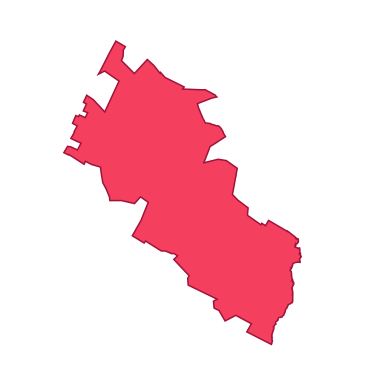 the district of Tenabo, Campeche, Mexico, rotated 205°
{"feature_id": "50627088B50873486185333", "entity_name": "Tenabo", "entity_type": "district", "adm_level": 2, "iso_a3": "MEX", "parent_name": "Mexico", "parent_adm1": "Campeche", "projection": "mercator", "projection_center": [-90.397, 19.964], "detail": "fine", "context": "isolated", "style": "filled", "palette": "rose", "viewbox_px": 384, "rotation_deg": 205, "n_neighbors": 0, "source": "geoboundaries", "source_scale": "gbopen_adm2", "svg_char_len": 5345}
<svg xmlns="http://www.w3.org/2000/svg" viewBox="0 0 384 384"><g transform="rotate(205 192 192)"><path d="M55.6,87.4L55.6,87.7L55.9,88.0L55.7,88.9L55.7,89.0L56.0,89.4L56.0,89.8L56.1,90.0L56.2,90.6L56.1,90.9L56.3,91.0L56.4,91.3L57.1,91.8L57.1,92.3L57.2,92.5L57.3,92.5L57.7,93.1L57.9,93.8L57.8,94.0L58.0,94.2L58.1,94.4L58.3,94.4L58.4,94.7L58.7,94.8L58.8,95.1L58.9,95.5L58.9,95.9L59.1,96.0L59.2,96.3L59.2,96.6L59.3,96.8L59.5,96.9L59.4,97.1L59.5,97.6L59.4,98.3L59.5,98.6L59.7,99.0L59.7,99.9L59.7,100.1L59.8,100.3L59.9,101.0L59.8,101.3L59.8,101.6L60.3,103.0L60.2,103.5L60.3,103.6L60.8,103.7L61.0,103.9L61.0,104.1L61.2,104.3L61.1,104.7L61.0,105.2L60.7,105.5L60.8,106.1L60.8,107.0L60.2,107.6L60.1,107.8L61.1,108.9L61.2,109.5L60.9,110.3L60.5,110.8L60.5,111.1L60.3,111.3L60.3,111.5L60.3,111.8L59.9,112.2L59.9,112.5L60.3,112.7L60.5,113.0L60.4,114.1L60.3,114.6L59.8,115.2L59.1,115.7L58.6,115.8L58.5,116.1L57.7,116.6L57.5,116.9L57.4,117.9L57.2,118.5L56.8,119.0L56.8,119.7L57.0,120.1L56.9,120.8L57.0,121.0L57.1,121.4L56.9,121.6L57.1,122.2L56.9,122.4L57.2,123.6L57.2,123.8L57.4,124.0L57.5,124.4L57.5,124.5L57.5,125.1L57.4,125.7L57.1,126.3L57.0,126.8L57.0,127.2L57.0,128.3L57.2,128.6L57.1,128.8L57.2,129.0L57.1,129.4L57.0,129.6L57.2,130.3L56.8,130.8L56.6,131.2L56.1,131.9L55.6,132.2L55.5,132.4L55.2,133.1L54.9,133.9L54.4,134.1L54.4,135.1L54.8,135.4L54.9,135.7L54.8,136.0L55.0,136.7L55.3,137.0L55.4,137.5L55.7,137.8L55.7,138.1L56.1,138.6L56.3,139.3L56.6,139.8L56.6,140.1L57.0,140.6L57.0,141.0L57.3,141.2L57.5,141.1L57.7,141.5L57.8,141.9L57.7,142.1L57.5,142.3L57.8,142.8L58.2,143.4L58.5,143.7L58.6,144.2L58.7,144.3L58.9,144.5L59.0,144.9L59.3,145.1L59.8,145.9L59.9,146.2L60.2,146.4L60.3,146.7L60.6,146.8L60.8,147.7L60.9,148.1L60.9,148.5L61.1,148.6L60.9,149.6L61.0,150.1L60.9,150.3L61.0,150.5L61.0,151.0L60.8,151.2L60.9,151.3L61.2,151.4L61.3,151.9L61.2,152.4L61.3,152.7L61.5,152.9L61.9,153.2L62.3,153.0L62.6,153.0L62.4,153.4L62.7,153.6L62.8,153.9L63.1,153.9L63.4,154.1L63.5,154.3L63.7,154.2L63.6,154.4L63.5,154.5L63.6,154.8L63.8,155.1L63.9,155.3L64.4,155.6L64.7,155.5L64.8,155.7L64.8,155.8L65.2,156.3L65.3,156.4L65.4,156.5L65.6,157.1L65.7,157.3L65.8,157.5L66.5,158.0L66.7,158.3L66.6,159.0L66.8,159.2L67.1,159.3L67.2,159.7L67.2,159.9L67.5,160.4L67.6,160.6L68.4,161.8L68.6,162.0L69.2,162.0L69.5,162.2L69.8,162.2L70.1,162.7L69.9,162.8L69.8,163.1L69.8,163.5L69.7,163.8L69.8,164.2L69.6,164.6L69.7,165.0L70.1,165.2L69.7,165.3L69.7,165.6L69.7,166.0L69.6,166.4L69.6,166.5L69.8,166.6L69.9,166.9L70.0,167.0L70.1,167.5L69.9,167.9L69.9,168.5L70.1,168.7L70.1,168.9L70.3,169.0L70.4,169.3L70.2,169.6L70.1,169.9L69.9,170.5L69.3,170.9L68.7,171.6L67.6,172.4L67.3,172.6L65.5,173.6L65.1,173.7L64.7,173.8L64.6,173.7L64.4,173.7L64.3,173.9L64.4,174.2L64.6,174.4L64.7,174.7L64.9,175.0L65.3,175.6L65.5,175.8L65.8,175.7L66.0,176.3L66.1,176.6L66.0,177.1L65.9,177.3L66.0,177.6L66.0,178.4L65.7,179.0L65.9,179.5L65.9,179.9L66.1,180.0L66.4,179.8L66.6,180.0L67.0,180.8L67.3,181.1L67.8,181.3L68.1,181.1L68.1,181.4L68.2,181.5L68.5,181.6L68.4,181.7L68.1,181.6L67.8,181.6L67.7,181.8L67.7,182.2L67.9,182.3L68.3,182.7L68.7,182.9L69.0,183.1L69.2,184.0L69.5,184.4L69.6,185.0L70.0,185.3L70.1,185.6L70.1,185.8L70.5,186.2L70.8,186.4L70.9,186.8L71.0,186.8L71.4,186.5L71.6,186.1L71.3,186.1L71.2,185.9L71.4,185.8L71.9,185.9L72.3,185.8L72.7,185.9L74.4,185.8L74.7,185.9L75.0,185.7L75.2,185.8L75.3,185.8L75.8,186.0L75.8,186.6L75.9,186.9L75.7,186.9L75.7,187.0L75.4,187.2L75.3,187.6L75.7,187.9L75.9,188.0L76.0,188.1L75.7,188.3L75.7,188.5L75.7,188.8L75.9,189.1L75.4,189.0L75.2,189.2L75.1,189.3L74.9,189.6L74.9,190.0L74.4,191.3L74.5,191.6L74.7,192.0L75.0,192.4L75.0,193.0L75.9,194.3L76.3,194.5L76.7,194.3L77.2,193.6L77.5,193.4L78.2,193.6L78.4,193.7L78.4,193.9L78.3,194.1L78.5,194.6L87.6,196.7L88.8,196.9L88.7,196.6L110.6,198.6L111.1,192.6L115.6,193.1L115.7,191.4L131.8,194.3L132.7,196.4L134.4,201.3L147.0,204.0L154.3,206.8L156.1,214.0L158.7,223.6L158.6,223.8L160.0,228.7L161.0,232.6L170.4,234.3L174.2,235.0L182.2,232.7L193.6,223.5L194.5,237.0L194.9,240.5L193.7,242.6L192.1,244.9L189.1,249.8L185.0,256.3L186.8,257.6L187.5,257.9L189.0,259.2L189.4,259.8L192.5,261.9L195.4,263.1L197.0,262.8L197.8,262.2L200.0,262.2L202.3,261.7L203.2,261.8L203.5,261.6L204.6,261.7L206.7,261.1L209.0,260.2L213.6,263.7L221.3,270.7L224.4,274.4L213.7,285.5L209.7,288.6L210.6,288.8L211.6,289.6L223.4,290.3L226.0,288.9L243.9,281.4L243.5,283.9L264.7,284.4L271.1,287.1L271.1,286.1L280.2,290.6L288.5,293.2L294.3,275.0L311.5,281.3L311.7,285.6L313.5,290.0L314.2,291.4L313.8,295.5L324.8,296.6L325.6,283.0L326.3,262.9L326.6,259.2L322.3,264.7L305.0,261.7L304.9,227.7L320.5,234.0L328.3,235.2L328.3,227.3L324.9,227.3L324.8,219.5L320.1,219.8L320.2,214.3L326.6,214.3L326.7,212.3L329.6,212.2L329.3,203.7L324.0,203.4L324.3,196.7L323.8,196.5L324.4,189.3L317.4,189.3L313.2,189.4L313.6,181.7L320.9,181.7L324.0,180.8L324.8,173.5L319.5,173.4L319.4,173.9L315.2,173.4L301.5,171.5L301.5,174.8L294.5,174.5L285.5,175.9L282.3,170.8L276.8,162.8L270.9,158.3L264.8,152.7L262.8,149.5L252.4,154.4L239.2,157.2L236.6,165.8L227.3,164.2L226.2,144.7L227.6,127.1L213.8,125.5L213.3,128.0L209.4,127.4L195.0,125.6L191.0,127.3L184.4,127.5L182.6,128.6L178.1,128.1L180.0,123.2L159.2,114.9L159.4,111.9L156.1,106.0L136.1,105.7L123.9,105.5L126.4,102.1L122.9,96.1L117.4,96.0L107.5,89.1L100.2,98.7L82.5,97.7L83.2,88.4L55.6,87.4Z" fill="#f43f5e" stroke="#9f1239" stroke-width="1.5"/></g></svg>